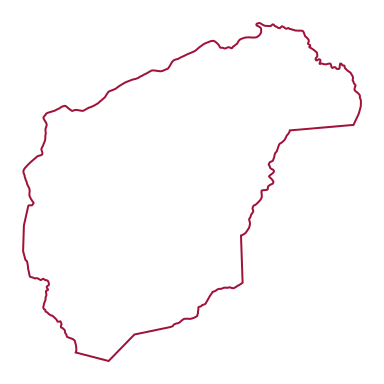 Esquipulas del Norte, Olancho, Honduras (Albers equal-area conic projection)
{"feature_id": "27666195B82865348656076", "entity_name": "Esquipulas del Norte", "entity_type": "district", "adm_level": 2, "iso_a3": "HND", "parent_name": "Honduras", "parent_adm1": "Olancho", "projection": "albers", "projection_center": [-86.526, 15.273], "detail": "fine", "context": "isolated", "style": "outline", "palette": "rose", "viewbox_px": 384, "rotation_deg": 0, "n_neighbors": 0, "source": "geoboundaries", "source_scale": "gbopen_adm2", "svg_char_len": 5763}
<svg xmlns="http://www.w3.org/2000/svg" viewBox="0 0 384 384"><path d="M242.6,282.7L241.0,235.5L241.9,235.3L245.2,233.3L246.2,232.1L249.1,227.8L249.7,225.6L250.0,223.8L249.8,221.9L249.2,220.2L249.2,219.0L250.3,217.4L251.1,214.7L252.0,213.6L253.3,211.4L253.1,210.1L252.5,208.7L252.8,207.2L253.6,205.7L254.0,205.4L255.1,205.0L256.4,204.1L258.7,201.8L260.3,200.0L260.8,199.3L261.6,197.6L261.8,196.5L261.8,195.1L261.4,192.1L261.7,190.6L262.5,190.3L266.2,189.9L267.6,189.5L267.8,188.8L267.9,187.3L268.2,186.3L270.0,184.9L272.6,183.7L273.3,182.7L273.4,181.6L272.7,180.4L271.3,178.7L269.5,177.1L269.1,176.3L269.6,175.6L272.6,173.3L273.6,172.3L273.9,171.6L273.9,170.9L273.6,170.3L273.1,169.7L272.5,169.4L271.6,169.1L270.2,167.9L269.5,165.7L268.9,165.1L268.7,164.3L269.2,163.3L270.0,162.1L272.3,161.1L273.0,160.4L274.2,157.1L274.5,155.4L275.1,153.3L276.8,151.3L278.8,145.4L279.3,144.3L279.9,143.6L282.1,142.3L284.5,140.0L285.6,138.1L286.8,135.5L288.4,133.7L289.2,132.4L289.6,131.5L289.8,130.4L353.5,124.9L358.6,114.1L359.2,112.2L360.7,106.7L360.9,104.2L360.9,100.4L359.9,97.7L359.8,95.6L359.6,94.9L358.0,93.1L355.4,91.1L354.5,89.8L354.5,88.9L355.0,86.9L355.5,85.8L355.5,85.2L353.9,83.2L353.3,81.4L352.6,80.1L353.0,78.2L352.8,76.5L350.5,72.7L347.4,70.5L345.1,68.3L344.8,67.7L344.5,66.1L344.2,65.6L343.7,65.4L342.9,65.5L342.4,65.3L341.4,63.8L340.9,63.6L340.3,63.6L340.0,64.3L339.9,65.6L339.7,66.2L339.6,67.5L339.4,68.5L338.8,68.9L337.4,69.0L336.5,68.7L335.6,67.5L334.8,67.1L334.2,67.1L332.6,67.9L332.0,67.7L331.5,66.9L330.8,64.4L330.5,63.9L330.0,63.6L329.0,63.6L325.8,64.4L324.0,64.2L321.7,63.5L320.1,63.9L319.7,63.8L319.6,63.5L319.6,63.1L320.3,61.5L320.4,60.7L320.4,60.2L320.1,59.7L319.5,59.3L318.8,59.3L318.1,59.6L317.3,60.3L316.8,60.4L316.0,60.2L315.6,59.6L315.7,58.4L317.0,56.7L317.3,56.1L317.2,54.1L316.9,52.6L315.1,51.0L313.5,49.7L311.4,48.3L310.1,47.7L309.4,47.2L309.4,46.8L310.2,46.2L310.0,45.1L308.3,44.1L308.0,43.5L308.8,41.1L308.7,40.0L307.8,38.7L305.9,36.8L305.1,36.2L303.7,32.3L303.2,31.5L302.5,30.9L300.7,30.6L299.3,30.7L295.1,30.5L293.8,29.9L292.3,29.7L291.5,29.2L289.8,29.0L288.3,28.0L286.6,28.7L286.0,28.7L284.8,28.0L283.9,27.2L282.6,26.4L282.1,26.3L281.8,26.4L279.9,28.1L278.7,28.0L277.8,27.6L276.7,26.8L275.3,26.3L274.5,25.7L273.8,24.8L273.1,24.4L272.4,24.5L271.2,25.7L270.4,26.0L269.3,26.1L265.1,25.8L263.7,25.3L260.1,23.2L259.6,23.0L258.5,23.2L257.3,23.5L256.7,23.8L256.4,24.4L256.4,25.0L256.9,25.6L258.4,26.3L260.3,27.5L261.0,28.4L261.2,29.6L261.1,31.9L260.7,33.3L260.2,34.2L259.2,35.4L257.2,36.9L255.9,37.4L253.2,37.6L248.9,37.3L246.9,37.4L244.6,37.7L241.0,39.0L239.8,39.7L238.8,40.7L237.5,43.0L236.9,43.9L235.0,45.2L233.8,46.3L232.8,46.8L232.4,47.7L231.8,48.2L230.9,48.1L229.7,47.5L228.6,47.2L227.4,47.5L225.8,48.3L224.8,48.5L222.8,47.8L220.5,47.7L220.0,47.3L218.9,45.3L217.9,44.0L215.3,41.7L214.2,41.1L213.2,40.9L212.1,40.9L210.3,41.3L208.4,42.1L206.5,42.8L204.1,43.9L199.3,47.3L196.0,50.2L194.3,51.3L190.2,53.1L187.7,54.1L184.1,55.9L180.7,57.4L178.5,58.7L175.4,59.6L174.1,60.1L173.0,61.0L172.2,61.8L169.3,66.7L168.4,68.1L167.6,68.8L164.5,70.0L162.4,71.0L160.3,71.3L153.8,70.4L152.3,70.5L151.4,70.6L146.6,73.4L143.6,74.8L142.2,75.7L140.0,76.7L138.1,78.0L135.6,78.9L132.5,79.6L126.8,81.8L124.6,82.8L119.3,86.0L115.4,88.9L111.7,90.4L109.5,91.2L108.6,91.7L107.9,92.5L104.8,97.4L100.3,101.2L98.2,103.2L93.9,105.7L90.6,107.2L89.2,107.5L83.4,110.7L82.4,110.9L76.4,109.9L74.6,110.1L72.4,110.9L71.8,110.8L69.9,109.4L68.9,108.8L67.9,107.8L65.9,106.2L65.3,105.9L64.6,105.9L62.1,106.6L61.0,107.2L59.5,108.3L57.3,109.3L54.7,110.7L47.7,112.8L46.0,113.8L45.5,114.6L45.4,115.1L44.8,115.6L43.8,116.8L43.5,117.5L43.6,118.6L46.2,123.0L46.6,124.1L46.7,124.8L46.5,125.9L45.4,129.3L45.8,133.4L45.4,135.3L45.2,139.7L44.6,141.7L43.6,143.9L43.2,145.2L41.8,147.9L41.4,149.0L41.5,149.9L42.3,152.4L42.4,153.3L42.3,154.1L41.9,154.7L41.1,155.2L38.0,156.0L37.3,156.4L30.7,162.1L28.4,164.3L24.8,168.2L23.9,169.6L23.4,170.9L23.5,172.6L24.4,174.9L24.8,177.1L25.2,178.1L25.8,180.1L26.7,182.1L27.2,184.3L29.1,188.0L29.5,189.4L29.7,191.3L29.4,193.2L29.4,195.6L30.8,198.7L32.4,201.2L33.4,202.3L33.5,203.3L32.4,204.9L31.9,205.3L31.4,205.4L29.7,205.3L29.0,205.3L28.3,205.9L23.9,225.5L23.1,251.1L25.4,259.8L26.5,260.8L27.0,261.4L27.5,263.6L27.9,266.3L28.3,269.9L28.8,271.4L29.4,274.9L29.8,276.2L30.2,276.8L30.6,277.0L32.7,277.5L34.8,278.4L36.9,278.2L37.6,278.3L40.5,280.0L41.0,280.0L42.8,278.9L43.4,278.8L45.2,280.1L46.3,280.1L47.2,280.5L47.9,281.0L48.3,281.6L48.9,283.4L48.9,284.6L48.7,285.2L47.2,286.1L46.9,286.6L46.7,287.1L46.9,287.9L47.8,289.0L48.0,289.8L47.7,290.2L46.3,290.7L46.0,291.3L46.0,292.3L46.4,294.7L46.4,295.3L45.6,297.3L45.5,299.9L44.7,301.8L43.9,304.2L43.7,305.7L43.3,306.7L43.3,307.5L43.6,308.5L44.2,309.3L45.2,309.8L45.5,310.5L45.5,311.3L45.6,311.6L47.6,312.6L48.1,313.4L48.8,314.0L50.8,315.3L51.9,315.5L53.1,316.3L55.8,318.8L56.9,320.3L57.5,321.5L58.0,321.7L60.4,321.4L60.9,322.2L61.5,323.9L61.5,324.4L60.8,326.2L61.1,327.5L62.0,327.8L62.7,328.2L64.6,330.0L64.8,330.5L65.2,332.9L66.2,334.3L67.0,336.8L68.0,337.3L72.7,339.0L74.7,340.6L75.8,344.6L76.3,347.8L76.3,350.7L75.7,352.5L108.6,361.0L134.4,334.5L170.1,327.1L172.7,326.2L173.7,324.7L174.3,324.3L176.6,323.4L178.0,323.2L179.3,322.6L182.7,319.7L184.1,318.9L184.7,318.8L187.3,318.7L190.1,318.9L192.3,318.4L195.3,317.2L196.8,316.3L197.4,315.6L197.4,314.8L197.9,313.5L198.0,311.2L198.4,309.8L198.3,307.7L198.5,307.3L198.8,307.0L201.2,306.2L202.2,305.1L204.6,304.3L205.5,303.7L210.1,295.6L211.6,293.6L212.6,291.9L214.5,291.3L216.2,290.4L217.2,289.6L218.6,288.9L220.8,288.9L221.6,288.7L224.2,287.6L225.5,287.8L226.6,287.6L227.3,287.9L228.2,287.6L229.9,287.3L230.5,287.4L231.2,287.9L233.2,288.2L233.9,288.1L236.4,286.7L237.1,286.2L237.4,285.8L239.0,285.2L242.6,282.7Z" fill="none" stroke="#9f1239" stroke-width="2"/></svg>